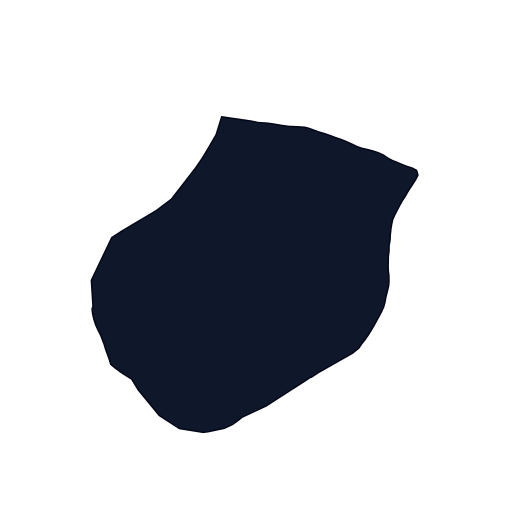 Bidbadah, Ma'rib, Yemen (orthographic projection), rotated 56°
{"feature_id": "15242507B34447312884568", "entity_name": "Bidbadah", "entity_type": "district", "adm_level": 2, "iso_a3": "YEM", "parent_name": "Yemen", "parent_adm1": "Ma'rib", "projection": "orthographic", "projection_center": [44.747, 15.403], "detail": "fine", "context": "isolated", "style": "filled", "palette": "ink", "viewbox_px": 512, "rotation_deg": 56, "n_neighbors": 0, "source": "geoboundaries", "source_scale": "gbopen_adm2", "svg_char_len": 1930}
<svg xmlns="http://www.w3.org/2000/svg" viewBox="0 0 512 512"><g transform="rotate(56 256 256)"><path d="M160.3,353.4L160.1,365.3L169.9,382.0L184.1,406.1L206.6,419.3L208.2,421.5L212.4,423.7L217.6,425.7L223.3,427.4L228.6,428.3L234.4,429.0L234.9,429.1L239.3,430.1L244.7,431.4L249.8,433.0L255.2,434.3L260.2,435.6L260.5,435.7L264.7,437.0L270.4,435.3L276.1,433.3L281.6,431.0L286.6,428.8L288.5,427.9L301.1,428.5L334.1,425.4L342.4,421.9L356.2,416.0L372.7,398.4L374.9,394.0L379.1,383.6L381.1,378.7L382.5,369.9L382.4,364.1L381.9,357.4L386.0,331.5L386.2,320.6L386.3,315.4L387.0,284.3L387.0,278.2L387.3,277.9L387.5,277.8L387.5,269.8L390.5,230.9L390.6,230.2L390.4,228.5L389.9,222.4L387.8,217.1L386.2,212.0L385.8,211.0L384.2,206.9L382.1,202.3L379.8,197.4L377.4,192.7L376.7,191.4L375.1,188.2L372.5,183.3L369.6,178.6L366.4,174.9L362.5,171.1L359.2,167.4L355.2,163.0L353.4,161.5L351.2,159.8L347.8,157.6L346.8,156.9L342.1,154.5L338.0,151.9L334.2,149.2L330.2,146.4L326.6,143.2L321.6,139.7L319.8,137.9L317.8,136.0L313.6,132.9L310.0,129.8L309.4,129.4L305.8,126.0L302.2,122.3L299.3,117.6L297.3,113.9L297.0,113.4L294.7,109.1L294.3,108.4L292.1,104.1L290.0,99.0L287.7,94.4L285.8,90.0L284.0,85.6L281.9,80.8L279.5,76.5L274.8,75.0L270.6,77.2L266.1,80.8L262.2,83.5L257.4,86.6L253.2,89.5L248.9,91.8L245.2,93.3L243.8,93.8L239.0,96.7L234.5,100.2L230.1,104.0L229.3,104.8L225.8,108.1L221.6,111.2L219.3,112.5L217.2,113.7L212.9,116.4L211.8,117.0L206.7,120.5L202.3,123.9L197.6,127.2L194.4,129.6L193.7,130.1L189.8,133.3L189.4,133.7L184.3,137.5L183.3,138.2L181.6,139.4L180.3,140.3L179.5,141.0L176.6,143.5L173.0,148.1L171.0,150.8L170.0,152.1L167.0,156.2L163.4,160.2L162.2,161.6L159.8,164.1L156.4,167.7L153.1,171.3L151.6,173.1L149.9,175.3L146.5,179.7L141.9,184.1L121.4,206.6L133.2,221.3L140.9,237.3L144.9,245.9L149.3,257.1L152.0,265.3L157.9,283.1L159.8,289.0L161.6,294.3L162.6,313.4L161.2,337.5L160.3,353.4Z" fill="#0f172a" stroke="#020617" stroke-width="1.5"/></g></svg>